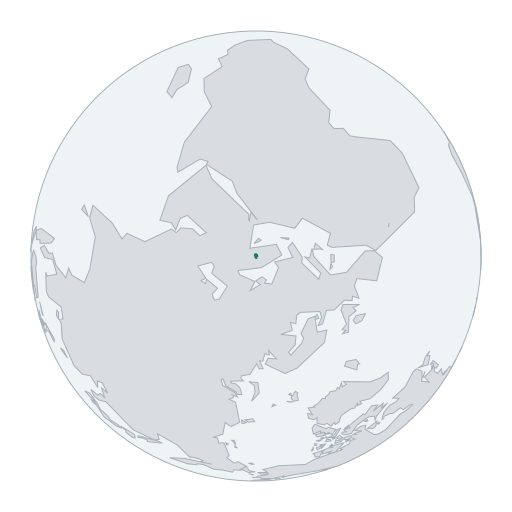 Nevsehir highlighted on a globe, orthographic projection, rotated 170°
{"feature_id": "TUR-2288", "entity_name": "Nevsehir", "entity_type": "Province", "adm_level": 1, "iso_a3": "TUR", "parent_name": "Turkey", "parent_adm1": "", "projection": "orthographic", "projection_center": [34.679, 38.876], "detail": "fine", "context": "on_globe", "style": "filled", "palette": "teal", "viewbox_px": 512, "rotation_deg": 170, "n_neighbors": 0, "source": "natural_earth", "source_scale": "10m", "svg_char_len": 11143}
<svg xmlns="http://www.w3.org/2000/svg" viewBox="0 0 512 512"><g transform="rotate(170 256 256)"><circle cx="256" cy="256" r="225" fill="#eef3f6" stroke="#a8b0b8"/><path d="M199.3,38.0L199.5,37.9L207.6,36.0L212.3,35.0L232.8,33.8L259.4,34.0L268.9,33.4L266.0,34.5L284.6,33.6L299.7,35.8L281.9,33.9L279.6,34.3L289.6,35.8L289.3,36.6L294.0,37.9L292.8,39.0L282.5,38.4L281.6,39.3L288.7,40.3L292.0,42.5L281.7,40.7L286.4,44.4L270.1,45.5L243.6,42.1L233.8,45.6L204.5,50.4L206.5,51.6L196.6,55.0L195.2,57.9L190.2,58.5L193.4,60.5L198.2,59.4L201.3,60.0L200.9,61.8L194.4,62.7L193.7,61.9L191.5,63.2L188.5,62.9L189.8,64.1L182.0,65.3L189.0,66.9L182.3,70.2L177.3,70.3L178.7,66.6L170.8,59.6L166.2,59.5L158.2,62.6L141.2,75.5L135.8,77.3L127.7,82.4L130.2,82.8L137.5,79.0L140.2,81.5L148.7,77.1L151.1,77.7L159.5,75.3L157.2,79.7L150.4,85.7L143.3,88.1L140.1,91.0L146.0,92.3L131.9,101.2L121.3,114.8L117.8,117.0L112.4,113.7L114.6,103.8L107.7,101.8L111.0,107.6L102.2,113.8L100.2,116.9L100.1,119.5L103.0,119.0L99.8,122.3L95.2,117.3L98.1,114.2L99.5,115.6L100.5,111.3L97.3,108.9L93.1,112.8L92.9,106.8L89.8,109.6L88.1,110.3L92.9,105.9L84.2,113.9L83.3,111.6L76.6,119.7L87.2,106.8L98.7,94.7L111.1,83.5L124.2,73.3L138.1,64.0L152.6,55.8L167.8,48.7L183.3,42.8L199.3,38.0ZM37.2,202.4L36.1,207.5L35.8,208.6L32.1,233.3L31.9,253.0L31.8,263.9L31.5,266.7L32.3,273.2L32.3,276.4L39.0,302.2L45.4,321.0L47.2,331.6L45.7,335.1L49.6,346.3L43.6,331.1L38.7,315.6L35.0,299.7L32.4,283.5L31.0,267.2L30.8,250.9L31.7,234.6L33.9,218.4L37.2,202.4ZM69.9,129.1L71.8,126.3L70.3,128.5L69.9,129.1ZM209.4,35.6L214.4,34.6L207.8,36.0L203.3,37.0L209.4,35.6ZM228.2,32.8L225.0,33.3L222.2,33.4L224.9,33.0L228.2,32.8ZM275.7,33.1L270.3,32.7L275.6,32.9L275.7,33.1ZM294.8,38.0L296.4,37.9L298.2,38.7L294.8,38.0ZM160.2,73.0L159.8,74.1L158.5,74.0L160.2,73.0ZM164.2,71.1L162.9,70.2L164.6,69.1L165.4,69.7L164.2,71.1ZM298.0,41.2L300.3,42.7L296.2,41.0L298.0,41.2ZM165.5,72.5L167.8,67.4L170.8,65.7L176.3,66.6L165.5,72.5ZM300.4,43.6L306.2,47.8L310.2,47.9L302.0,50.6L299.9,45.7L294.1,43.5L298.8,44.2L300.4,43.6ZM199.9,58.4L194.8,59.5L199.4,57.0L199.9,58.4ZM202.2,56.6L212.3,48.9L219.8,48.4L214.9,50.9L224.9,49.4L223.5,52.9L217.8,54.5L213.2,54.0L216.2,55.8L202.2,56.6ZM296.6,51.6L296.4,52.8L294.6,51.5L296.6,51.6ZM202.8,60.1L204.2,58.4L210.8,57.8L209.2,61.1L207.6,60.2L202.8,60.1ZM228.1,47.4L232.7,47.8L232.9,50.7L234.7,51.3L224.1,53.0L228.1,47.4ZM205.9,61.3L208.3,62.9L204.8,64.9L201.9,61.7L205.9,61.3ZM213.1,56.4L216.2,56.3L214.0,57.4L213.1,56.4ZM193.9,73.5L195.4,71.2L198.9,70.6L193.9,73.5ZM209.4,63.4L210.6,62.7L212.1,62.3L212.9,63.8L209.4,63.4ZM225.0,55.0L224.1,56.3L229.4,54.5L229.7,56.8L222.6,57.6L225.8,58.3L225.9,59.0L220.0,58.9L225.0,55.0ZM218.5,64.2L209.5,66.5L206.0,70.9L202.7,71.4L209.0,64.4L218.5,64.2ZM219.9,61.1L218.3,63.1L215.0,62.5L214.1,60.9L219.9,61.1ZM232.5,58.3L233.8,54.4L235.3,54.4L232.5,58.3ZM218.1,65.5L220.2,65.0L218.2,65.9L218.1,65.5ZM228.8,60.5L229.1,59.1L230.8,59.1L228.8,60.5ZM224.4,65.2L221.5,65.9L220.8,64.6L224.4,65.2ZM226.9,63.1L229.2,63.5L222.3,63.8L226.7,62.4L226.9,63.1ZM230.4,60.8L231.5,60.3L230.0,61.4L230.4,60.8ZM228.7,69.7L220.1,70.4L218.5,67.6L227.1,67.2L228.7,69.7ZM94.1,331.9L83.6,295.0L90.0,286.4L92.1,272.0L137.0,240.6L145.6,247.5L179.8,251.3L183.9,254.3L178.8,265.5L203.7,285.2L213.0,276.6L236.6,286.8L252.9,287.0L260.7,264.7L233.9,263.9L230.3,252.5L252.6,243.6L276.2,244.8L275.5,240.5L261.5,231.0L267.8,222.9L256.8,227.0L260.6,231.5L253.8,234.5L249.9,230.6L252.2,227.7L245.4,225.6L235.8,240.7L238.6,246.9L220.1,248.2L223.1,258.9L217.7,263.1L210.7,246.8L212.1,241.2L198.3,222.2L195.2,228.1L208.0,246.6L203.6,244.7L199.4,253.7L199.1,245.3L185.9,224.4L169.8,224.2L147.7,242.0L138.6,240.7L131.8,232.7L141.4,210.6L160.6,216.3L164.3,209.4L161.9,196.5L167.9,199.7L169.2,195.4L176.6,197.1L188.4,189.3L196.1,190.2L202.1,177.7L206.9,176.6L202.0,184.1L202.7,190.2L222.0,192.8L226.2,190.5L228.5,182.4L233.5,184.5L233.3,176.4L245.1,174.4L230.5,170.3L232.9,161.6L240.7,155.6L238.9,152.3L226.1,162.1L223.4,166.8L225.2,171.8L215.5,185.1L208.6,186.4L208.9,170.4L199.1,170.8L203.6,158.9L235.2,138.4L247.8,135.3L265.6,147.9L261.9,153.2L253.7,151.1L260.0,160.8L260.1,156.2L264.3,158.3L267.6,151.2L270.7,152.3L268.6,143.8L272.7,144.4L274.0,149.8L282.5,140.6L291.6,140.4L292.0,137.8L289.9,135.2L302.8,137.1L302.5,135.2L298.2,133.7L294.8,129.1L293.9,121.9L298.5,123.0L299.4,125.7L308.2,133.4L309.9,141.0L311.7,140.7L311.2,134.4L300.5,125.0L298.7,120.4L304.4,124.1L302.2,122.4L302.7,120.5L307.4,119.7L301.5,115.4L301.0,95.1L310.2,92.3L315.2,97.4L319.7,86.2L329.6,85.0L325.6,83.5L325.0,77.9L321.9,78.1L319.9,77.1L317.0,64.2L319.8,62.4L314.0,56.3L311.9,55.7L309.5,56.6L302.0,50.6L310.2,47.9L314.5,49.3L316.7,47.2L326.2,51.0L335.0,53.6L344.1,59.8L350.3,61.7L350.4,60.7L359.0,63.1L376.1,72.4L361.6,69.1L335.8,58.6L346.3,63.0L343.7,63.5L347.3,66.1L354.7,69.4L355.7,68.8L366.5,83.7L383.9,98.0L383.2,92.1L388.1,92.5L407.3,106.3L429.0,138.4L435.8,141.5L439.8,146.3L441.8,153.3L436.0,146.4L433.3,147.7L429.7,143.1L431.0,152.8L425.9,146.7L429.4,157.8L433.9,160.6L434.7,153.9L439.9,166.8L447.5,169.7L454.2,179.6L461.3,208.0L459.6,223.6L460.7,227.6L457.0,227.7L456.7,239.6L467.3,251.7L468.6,257.5L465.9,276.5L465.1,272.5L455.3,272.6L456.8,287.8L464.3,291.2L467.0,301.4L462.7,303.4L459.5,294.7L456.0,294.4L454.6,281.8L447.1,267.4L442.6,276.5L440.7,269.1L429.7,259.6L421.8,272.2L410.9,303.0L413.2,322.5L407.8,334.3L391.9,313.5L385.0,296.0L379.1,300.7L362.9,289.4L334.4,297.3L330.5,292.8L325.1,296.7L313.7,293.7L307.8,285.8L300.9,287.6L316.6,308.0L324.1,306.1L330.6,295.7L333.5,303.4L344.5,307.9L331.7,330.5L289.6,354.0L285.9,339.5L255.8,298.3L256.9,293.3L256.8,292.7L256.5,291.7L253.4,299.9L248.3,291.2L264.0,321.3L266.4,333.9L289.0,354.9L286.8,357.4L294.2,361.2L318.3,352.1L318.4,356.9L306.8,380.5L273.7,410.8L278.4,427.0L276.4,439.9L256.4,448.4L258.8,456.7L248.5,459.4L248.3,463.5L240.5,467.3L227.1,469.8L203.7,466.7L201.7,463.5L189.2,454.6L171.5,431.0L176.9,421.6L174.6,412.3L157.7,386.6L161.3,374.7L157.0,367.9L147.8,366.6L142.8,358.1L137.4,356.1L103.8,346.4L94.1,331.9ZM120.5,261.5L119.1,265.6L120.5,261.5ZM300.8,257.5L315.1,256.3L309.3,242.8L314.4,241.4L310.5,237.5L308.8,241.8L299.5,231.0L306.0,225.9L304.5,219.8L299.6,220.0L289.4,231.3L302.6,246.5L299.0,252.9L300.8,257.5ZM36.0,207.9L35.3,211.6L35.7,209.2L36.0,207.9ZM46.9,172.9L45.5,177.2L46.3,174.3L46.9,172.9ZM52.7,158.9L48.0,169.9L49.1,167.0L52.7,158.9ZM68.8,130.8L69.1,130.2L70.6,128.1L68.8,130.8ZM102.5,114.1L102.7,114.6L101.8,117.6L100.8,117.0L102.5,114.1ZM106.8,127.1L101.5,132.3L104.6,128.0L102.0,127.8L105.4,119.1L116.2,117.7L110.7,119.7L106.8,127.1ZM112.8,107.7L109.5,113.0L112.7,107.3L112.8,107.7ZM169.4,171.9L171.4,175.6L167.9,179.9L158.1,180.3L163.1,173.9L169.4,171.9ZM175.1,180.0L178.1,164.9L184.3,164.5L180.3,167.2L184.1,168.4L178.7,173.2L181.7,188.2L178.8,193.1L162.4,190.3L169.3,188.3L166.9,184.6L175.1,180.0ZM174.9,131.6L176.3,126.3L187.9,132.1L185.3,136.5L175.4,136.7L172.6,131.8L174.9,131.6ZM174.7,75.6L174.5,74.1L176.3,73.7L178.0,74.7L174.7,75.6ZM194.3,72.5L177.6,81.9L176.5,80.6L168.1,88.4L161.9,88.1L167.5,82.9L156.4,88.9L159.1,84.2L151.9,88.7L165.2,77.3L167.1,73.7L167.3,77.7L173.0,78.0L176.0,77.0L186.0,71.8L192.9,64.7L199.6,64.3L202.5,65.9L201.9,67.6L197.7,67.2L199.8,69.7L193.3,70.4L194.3,72.5ZM232.5,92.2L227.9,89.9L231.1,97.3L224.6,97.1L225.4,98.0L220.3,100.1L215.4,104.2L212.6,103.5L211.9,105.5L208.5,107.1L206.6,109.6L201.0,109.4L198.2,112.6L197.1,110.7L193.8,116.4L193.7,112.1L189.3,114.1L191.8,117.2L165.8,112.2L155.1,114.2L146.1,118.6L147.1,111.3L156.1,102.9L168.7,95.6L178.9,95.0L177.5,92.2L182.0,91.1L181.2,93.8L185.1,89.1L188.6,89.1L199.8,84.2L203.2,78.0L207.3,76.3L207.7,78.7L211.6,75.4L215.2,78.9L218.3,77.9L224.9,80.6L223.9,86.3L227.4,84.8L232.6,87.1L232.5,92.2ZM230.4,70.6L230.7,76.8L227.3,80.0L217.2,74.0L213.9,74.5L207.3,71.3L212.4,66.9L213.8,68.2L216.4,68.4L213.8,69.7L217.8,68.8L219.8,70.7L223.5,70.6L222.6,72.6L230.4,70.6ZM189.3,250.8L192.6,252.0L197.9,252.4L195.4,258.3L189.3,250.8ZM180.0,236.6L183.1,236.5L182.2,244.5L178.8,243.5L180.0,236.6ZM185.6,229.9L183.4,235.9L182.6,232.0L185.6,229.9ZM204.9,183.7L208.3,183.4L208.4,185.3L206.1,187.9L204.9,183.7ZM240.5,116.0L238.4,113.7L239.6,112.8L239.4,106.6L244.2,106.5L246.2,110.2L240.5,116.0ZM255.7,268.6L250.5,272.9L248.2,270.7L250.4,269.7L255.7,268.6ZM221.2,266.4L228.7,269.9L220.4,267.9L221.2,266.4ZM245.7,114.9L245.0,112.2L247.8,113.8L245.7,114.9ZM247.7,106.2L251.1,107.5L244.7,105.8L247.7,106.2ZM315.2,433.3L299.9,455.2L289.2,456.5L287.1,451.4L292.7,438.8L305.1,433.5L311.2,426.5L315.2,433.3ZM476.7,301.0L476.4,302.8L476.9,300.3L477.1,299.0L476.7,301.0ZM476.2,303.4L470.1,319.3L467.1,323.4L468.3,318.9L473.3,309.5L476.2,303.4ZM468.1,319.4L462.7,320.4L451.4,308.3L455.5,304.3L466.5,306.0L466.0,309.4L469.2,310.3L468.1,319.4ZM478.9,280.5L478.2,289.2L475.4,297.5L473.9,300.2L472.8,293.1L473.5,286.5L474.9,283.4L477.7,253.3L479.2,253.0L479.1,264.2L480.1,267.2L478.9,280.5ZM414.2,323.8L419.6,332.1L416.3,336.0L414.2,323.8ZM476.6,236.0L477.0,248.7L476.0,233.9L476.6,236.0ZM474.7,223.7L475.8,227.2L474.5,225.6L474.7,223.7ZM462.8,233.0L461.3,237.3L460.2,234.7L461.4,227.7L462.8,233.0ZM459.4,188.2L463.3,196.0L464.4,199.4L461.8,196.2L459.4,188.2ZM285.6,113.7L280.6,122.1L280.2,128.9L284.9,133.5L276.1,131.0L276.7,120.5L285.6,113.7ZM298.6,97.1L294.5,93.7L297.6,93.2L299.0,93.9L298.6,97.1ZM295.2,96.5L287.5,96.2L286.0,93.0L292.4,93.8L295.2,96.5ZM266.5,104.8L264.7,107.2L262.5,105.7L266.5,104.8ZM480.5,275.2L480.6,273.2L479.8,282.1L479.6,283.7L479.3,285.5L479.8,279.1L480.5,267.5L480.7,261.3L481.2,250.3L480.6,266.4L480.7,269.5L481.2,261.2L480.8,269.6L480.7,271.5L480.5,275.2ZM480.2,237.2L479.1,234.7L479.2,240.8L478.0,224.5L479.4,229.5L480.2,237.2ZM477.6,226.4L477.9,232.0L477.0,223.3L477.6,226.4ZM477.3,230.7L476.2,226.6L476.6,224.6L477.3,230.7ZM477.8,224.8L475.9,216.6L477.1,219.7L477.8,224.8ZM473.1,217.8L475.9,219.4L474.2,223.7L469.1,209.6L469.5,206.1L473.1,217.8ZM443.6,144.0L440.7,141.0L439.6,137.3L441.9,140.4L443.6,144.0ZM433.5,124.0L438.4,135.4L441.9,145.3L443.1,145.0L448.0,152.9L443.7,150.0L437.8,138.4L436.0,132.1L431.2,126.2L427.2,119.2L421.2,113.8L417.9,109.6L422.8,112.8L433.5,124.0ZM418.6,111.8L406.6,101.4L406.7,97.7L409.3,99.1L414.8,105.3L414.4,106.8L418.6,111.8ZM403.8,97.9L403.3,99.5L384.7,90.7L380.8,88.0L395.0,92.0L395.3,93.8L399.8,96.8L403.8,97.9ZM298.8,53.0L296.6,52.8L298.1,52.2L298.8,53.0ZM318.2,77.4L315.8,75.8L317.5,74.8L318.2,77.4ZM310.0,71.1L309.7,73.2L308.1,70.5L310.0,71.1ZM309.3,78.2L308.6,73.9L312.0,78.7L309.3,78.2Z" fill="#d9dde1" stroke="#a8b0b8" stroke-width="1"/><path d="M256.4,258.1L256.2,258.0L256.1,257.9L255.9,257.9L255.6,257.9L255.4,257.9L255.2,257.7L255.0,257.4L255.1,257.2L254.9,257.0L254.7,257.0L254.6,256.9L254.5,256.7L254.7,256.3L254.6,256.0L254.6,255.8L255.0,256.1L255.1,255.8L255.1,255.6L255.5,255.4L255.8,255.2L256.0,255.1L255.9,254.9L255.9,254.5L255.8,254.3L255.8,254.2L255.7,254.1L255.8,253.9L256.0,254.0L256.2,253.9L256.2,254.0L256.3,254.0L256.5,254.3L256.6,254.5L256.9,254.8L257.0,254.9L256.9,255.0L257.0,255.1L257.0,255.3L257.0,255.5L256.9,255.9L256.8,256.1L257.0,256.4L257.2,256.7L257.2,256.9L257.2,257.0L256.9,257.7L256.8,257.8L256.7,258.0L256.4,258.1Z" fill="#14b8a6" stroke="#0f766e" stroke-width="1.5"/></g></svg>